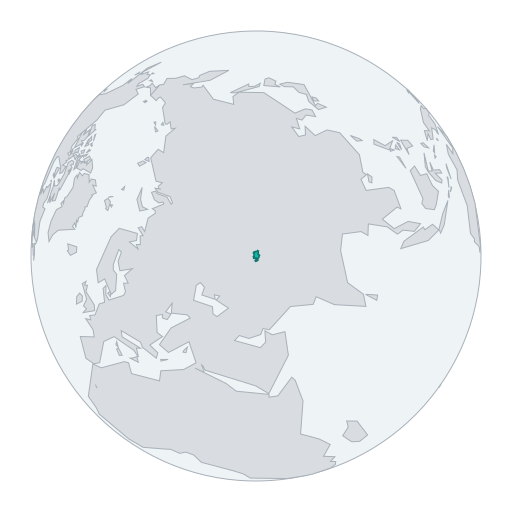 Osh on an orthographic globe, rotated 303°
{"feature_id": "KGZ-1122", "entity_name": "Osh", "entity_type": "Region", "adm_level": 1, "iso_a3": "KGZ", "parent_name": "Kyrgyzstan", "parent_adm1": "", "projection": "orthographic", "projection_center": [73.025, 40.164], "detail": "fine", "context": "on_globe", "style": "filled", "palette": "teal", "viewbox_px": 512, "rotation_deg": 303, "n_neighbors": 0, "source": "natural_earth", "source_scale": "10m", "svg_char_len": 13013}
<svg xmlns="http://www.w3.org/2000/svg" viewBox="0 0 512 512"><g transform="rotate(303 256 256)"><circle cx="256" cy="256" r="225" fill="#eef3f6" stroke="#a8b0b8"/><path d="M296.5,34.4L296.4,34.4L301.9,35.6L305.7,36.5L310.2,41.5L326.7,51.5L337.3,55.3L330.7,54.5L354.5,62.6L367.0,71.0L349.6,61.4L345.2,60.4L351.9,65.6L348.9,65.8L350.4,68.6L346.2,68.6L336.4,63.6L333.4,63.7L338.4,67.5L337.3,70.2L330.4,64.6L327.8,69.0L310.8,62.8L296.0,49.9L283.2,48.5L258.9,41.2L257.7,42.8L247.8,41.8L242.7,43.4L239.6,42.1L238.2,44.6L242.0,45.5L242.7,47.0L240.0,48.2L235.7,46.6L236.3,45.7L233.7,45.9L232.6,44.7L231.7,46.0L226.7,44.3L227.7,47.8L220.4,48.0L218.2,46.4L223.6,44.2L231.8,36.6L231.3,35.3L225.0,35.1L202.2,39.3L199.4,39.2L191.8,40.8L190.9,41.6L196.6,40.8L193.1,43.3L200.4,42.6L200.0,43.7L205.5,44.4L199.0,47.1L189.8,49.5L185.0,49.2L180.8,50.5L180.8,53.3L167.4,55.9L151.0,63.6L148.1,64.3L150.7,60.2L162.3,53.1L165.7,49.9L157.7,55.0L150.7,57.6L147.2,59.5L144.2,61.5L144.6,61.8L141.1,63.6L147.6,58.7L150.9,56.9L148.8,58.3L154.2,55.3L157.8,53.3L172.2,46.9L187.1,41.5L202.3,37.2L217.8,34.0L233.5,31.8L249.3,30.8L265.1,30.9L280.9,32.1L296.5,34.4ZM299.5,35.0L303.5,35.8L307.9,37.1L302.3,35.7L298.7,34.8L299.5,35.0ZM314.8,40.1L311.3,39.2L312.6,38.7L314.2,39.4L314.8,40.1ZM345.6,58.3L341.6,55.7L346.5,58.2L345.6,58.3ZM351.4,69.1L353.5,69.8L353.4,71.0L351.4,69.1ZM208.6,43.0L207.1,43.7L206.9,43.2L208.6,43.0ZM212.5,42.8L213.4,41.7L215.3,41.5L214.7,42.2L212.5,42.8ZM346.8,72.2L346.0,74.2L345.1,71.3L346.8,72.2ZM210.9,44.3L218.7,41.2L222.1,40.9L222.7,43.3L210.9,44.3ZM344.4,74.8L342.6,80.1L347.1,82.1L333.3,80.1L339.5,75.9L337.7,71.8L341.2,74.4L344.4,74.8ZM244.4,45.3L240.2,44.4L246.1,44.1L244.4,45.3ZM248.0,44.8L265.1,42.9L269.9,45.3L263.2,45.2L271.3,47.8L265.2,49.8L259.4,48.9L257.5,46.9L256.6,49.3L248.0,44.8ZM326.0,78.4L324.1,79.2L324.2,77.5L326.0,78.4ZM243.4,47.6L246.4,46.8L250.8,48.8L245.5,50.6L245.8,49.4L243.4,47.6ZM276.5,47.6L278.8,49.6L274.5,51.7L274.8,52.8L265.5,50.1L276.5,47.6ZM243.5,49.6L242.7,51.6L238.2,51.9L240.7,48.5L243.5,49.6ZM254.1,48.5L256.0,49.6L253.2,49.6L254.1,48.5ZM222.0,54.6L225.6,53.3L228.1,54.1L222.0,54.6ZM242.7,52.4L244.3,52.3L245.7,52.6L244.3,54.0L242.7,52.4ZM263.1,51.9L260.8,52.5L266.7,53.1L263.7,55.0L258.1,52.9L259.2,54.6L258.3,55.2L254.7,52.9L263.1,51.9ZM247.1,56.4L238.9,54.9L231.8,56.9L229.3,56.1L241.2,53.0L247.1,56.4ZM251.9,54.5L248.4,55.4L247.1,53.8L248.7,52.2L251.9,54.5ZM263.7,57.1L269.8,54.8L270.8,55.3L263.7,57.1ZM245.3,57.2L247.3,57.6L244.9,57.5L245.3,57.2ZM258.4,57.4L260.3,56.4L261.5,57.1L258.4,57.4ZM249.7,59.3L247.0,58.8L248.0,57.6L249.7,59.3ZM253.9,58.7L254.9,59.9L250.0,57.5L254.6,58.1L253.9,58.7ZM259.1,58.2L260.4,58.3L258.1,58.6L259.1,58.2ZM247.4,64.5L241.0,61.7L243.2,59.0L249.1,61.9L247.4,64.5ZM33.3,248.7L38.1,210.6L41.9,204.5L47.0,191.8L76.6,178.0L78.0,187.2L95.7,203.1L97.0,207.3L89.6,215.7L98.7,243.1L107.9,238.7L121.4,257.2L133.8,263.9L147.6,246.5L127.4,235.1L129.1,223.3L149.5,224.0L168.0,234.6L169.2,230.4L162.0,216.1L170.7,211.4L160.0,210.7L161.0,216.3L154.3,216.2L153.0,211.2L156.1,209.5L151.8,204.8L138.0,214.7L137.5,221.5L123.5,215.4L121.4,226.3L116.0,228.1L117.6,210.5L120.9,206.0L120.0,183.6L115.3,187.7L115.8,209.4L113.6,205.9L107.2,212.5L110.4,204.8L111.1,180.9L101.4,174.9L81.3,183.0L77.3,178.6L77.6,169.0L92.8,152.5L100.0,164.4L105.4,159.6L110.7,147.3L112.5,152.2L115.5,148.9L118.9,153.1L130.3,150.6L134.7,154.2L145.6,145.4L149.4,146.3L141.8,151.1L139.0,156.7L150.8,166.4L155.0,166.0L161.1,159.7L163.6,163.6L168.0,156.3L178.0,159.2L169.5,149.9L176.5,143.2L186.0,141.0L186.7,137.4L171.3,140.9L166.5,144.0L164.8,149.1L150.5,157.1L145.0,155.5L154.3,141.6L147.6,138.2L157.8,129.6L193.2,124.0L204.8,126.3L210.3,144.3L203.9,147.3L198.8,142.2L197.6,153.3L200.5,149.3L202.6,152.8L209.8,147.9L211.6,150.2L215.4,141.9L218.4,144.2L215.9,149.3L229.1,144.9L237.1,148.4L239.2,146.4L239.2,143.3L249.4,150.3L250.5,148.6L247.6,145.5L247.9,140.1L252.5,133.7L255.7,136.4L254.5,139.1L256.9,149.4L253.2,156.7L255.0,157.2L259.0,151.6L256.1,139.0L257.9,134.4L260.2,139.9L259.5,137.5L261.4,136.1L266.4,137.5L264.3,131.4L281.0,114.2L292.2,115.8L292.4,122.3L307.5,115.1L319.1,118.6L316.3,115.6L321.8,110.9L318.2,109.7L317.3,107.9L329.7,96.7L335.1,96.7L337.3,89.6L335.9,88.2L332.0,87.7L333.3,80.1L347.1,82.1L349.6,85.0L356.5,84.7L361.1,91.7L368.1,97.8L369.1,106.4L374.5,111.0L376.7,110.4L385.7,116.6L396.9,132.1L378.5,121.9L359.8,101.5L366.6,109.7L362.3,108.8L363.1,112.4L368.1,118.5L370.4,118.6L364.3,134.9L371.0,154.7L377.2,149.8L384.2,152.7L397.3,173.6L397.0,210.8L406.3,217.3L409.0,223.4L405.4,230.1L401.5,221.2L395.1,220.6L393.4,214.9L386.4,223.5L383.7,215.7L379.5,226.8L384.4,231.6L391.6,226.5L389.2,240.1L400.4,246.9L405.0,259.1L397.3,287.5L384.4,300.1L384.4,304.4L377.5,302.2L371.0,312.7L385.8,329.9L386.2,336.1L374.5,351.9L373.8,347.7L355.7,341.9L354.2,357.0L367.9,364.8L372.7,376.4L362.9,375.4L357.8,365.2L351.4,362.8L351.9,350.1L344.1,332.7L334.2,338.7L333.7,330.8L321.5,316.5L306.5,324.1L283.5,347.4L282.4,367.0L273.6,375.6L257.9,348.2L254.6,328.6L246.6,330.3L232.4,312.4L201.3,307.3L199.0,301.4L192.7,302.7L183.0,295.0L180.2,285.3L173.4,284.0L181.5,309.6L189.0,311.0L198.1,304.2L198.8,312.6L208.3,321.5L190.4,337.2L147.6,341.7L146.9,326.3L132.5,275.5L134.9,271.3L135.0,270.7L135.1,269.7L130.1,276.0L128.8,266.0L132.8,300.3L131.9,313.1L147.0,342.3L144.7,343.8L150.6,350.5L173.8,352.0L173.1,356.6L160.0,374.4L131.0,390.3L136.9,408.5L138.3,420.9L124.8,421.7L130.6,431.5L124.3,430.3L127.0,434.8L124.6,436.0L118.8,434.0L103.9,422.2L99.3,417.7L86.3,403.3L66.6,372.1L66.4,364.3L63.5,353.9L53.2,322.5L55.2,312.1L53.3,304.0L49.0,299.5L47.4,289.7L45.1,285.8L34.1,265.6L33.3,248.7ZM60.7,191.3L58.6,194.7L60.7,191.3ZM183.9,256.3L197.3,261.3L197.4,246.5L202.6,247.4L200.8,242.2L197.4,245.4L193.8,231.8L201.8,229.8L203.4,223.8L198.9,221.9L184.8,227.8L189.8,247.1L184.1,251.4L183.9,256.3ZM150.4,57.8L149.7,58.3L146.3,60.4L147.0,59.7L150.4,57.8ZM136.5,69.4L131.1,72.0L135.5,69.4L135.4,68.6L144.5,62.5L147.2,64.4L144.3,64.4L136.5,69.4ZM157.5,55.6L151.4,58.8L158.0,55.3L157.5,55.6ZM128.9,128.3L127.9,132.3L123.4,134.8L117.8,131.6L124.3,127.8L128.9,128.3ZM127.5,137.5L138.3,125.3L142.2,127.3L138.2,128.1L139.7,130.6L133.6,132.8L126.8,147.1L122.3,150.4L114.4,141.9L119.4,142.6L120.2,138.5L127.5,137.5ZM159.0,95.5L163.7,91.5L166.1,100.7L161.4,103.4L155.5,100.0L157.6,94.9L159.0,95.5ZM210.5,49.6L212.2,48.4L213.4,48.7L213.0,50.0L210.5,49.6ZM223.5,54.0L204.5,55.5L205.5,54.1L193.3,57.4L191.0,55.1L199.0,52.9L188.1,53.9L194.4,51.1L186.7,52.3L204.7,47.8L210.0,45.6L205.0,48.8L206.9,50.9L209.4,51.1L220.1,50.5L232.3,47.6L236.2,49.6L235.7,51.9L233.3,52.9L231.5,51.1L229.7,53.8L225.3,52.1L223.5,54.0ZM227.5,84.0L226.5,80.4L222.0,87.7L217.6,85.0L217.4,86.1L212.1,85.8L205.3,87.4L204.1,85.8L201.9,87.1L198.4,87.2L195.1,88.6L191.7,86.3L187.4,88.0L188.3,86.0L181.7,89.5L185.1,85.9L180.8,86.0L179.8,89.5L169.8,76.0L163.0,74.0L155.4,74.5L162.3,68.9L173.7,65.1L186.2,63.4L191.8,66.5L193.9,63.7L197.2,64.4L194.2,66.3L200.8,63.9L202.7,65.1L213.9,65.2L222.2,61.5L226.5,61.7L224.2,63.8L230.1,62.5L228.7,66.7L231.7,67.0L233.3,71.7L227.0,75.9L230.9,76.0L232.3,79.9L227.5,84.0ZM247.6,65.8L241.1,70.9L235.5,72.1L235.1,63.5L232.5,62.7L232.1,57.7L240.2,56.2L239.6,57.7L240.8,58.8L237.8,58.8L241.2,59.7L240.5,61.9L242.9,63.2L240.2,64.4L247.6,65.8ZM101.8,206.1L103.5,208.4L106.7,210.8L102.8,215.2L101.8,206.1ZM102.0,189.8L103.9,190.8L99.9,197.8L98.2,195.6L102.0,189.8ZM108.4,185.8L104.3,190.3L105.5,186.6L108.4,185.8ZM144.0,151.9L146.5,152.8L145.4,154.6L142.5,156.0L144.0,151.9ZM213.4,107.0L213.7,104.2L215.3,104.0L220.1,98.7L223.7,100.5L222.2,104.4L213.4,107.0ZM142.2,248.1L136.7,249.9L135.6,247.0L137.8,246.9L142.2,248.1ZM117.3,232.4L121.4,238.6L116.1,233.6L117.3,232.4ZM218.2,108.0L219.8,105.6L220.6,108.0L218.2,108.0ZM226.6,101.6L228.2,104.0L224.7,100.1L226.6,101.6ZM245.1,481.0L245.4,481.0L249.0,481.2L245.8,481.0L245.1,481.0ZM172.6,430.7L166.7,447.1L157.1,443.9L152.3,437.5L152.5,426.6L162.8,426.5L167.0,421.9L172.6,430.7ZM415.6,384.2L420.2,382.0L419.9,382.9L415.6,384.2ZM411.0,384.6L416.5,381.6L409.8,386.7L411.0,384.6ZM418.5,380.5L424.1,375.7L426.6,372.9L425.9,374.7L418.5,380.5ZM407.1,386.7L384.8,396.8L375.7,398.4L378.1,394.9L393.0,389.6L407.1,386.7ZM377.4,395.1L362.9,392.1L341.0,373.4L348.9,372.0L371.4,380.5L370.0,383.4L378.8,386.8L377.4,395.1ZM411.1,365.8L409.6,373.8L397.6,379.1L392.0,380.4L388.2,372.4L390.4,366.5L395.1,364.7L411.6,338.8L417.8,340.0L413.1,350.1L418.0,354.3L411.1,365.8ZM283.5,368.7L289.5,379.3L284.6,381.4L283.5,368.7ZM417.1,322.5L411.2,334.1L416.2,320.1L417.1,322.5ZM419.2,310.3L420.2,314.2L417.0,311.7L419.2,310.3ZM385.4,310.3L380.4,313.3L379.7,310.4L385.6,304.8L385.4,310.3ZM408.5,269.5L410.7,278.7L410.6,282.2L407.2,277.9L408.5,269.5ZM251.5,123.2L240.7,128.3L235.4,133.9L236.1,139.7L230.4,134.0L238.7,125.3L251.5,123.2ZM277.0,114.9L276.2,110.3L279.6,111.2L280.2,112.4L277.0,114.9ZM274.4,112.9L267.8,109.4L269.3,106.2L274.2,109.5L274.4,112.9ZM242.7,108.0L239.2,109.2L238.6,107.1L242.7,108.0ZM419.8,410.6L419.4,411.0L386.4,439.0L380.7,442.1L385.5,438.0L386.9,431.3L389.1,430.3L391.8,423.6L413.2,405.8L429.6,383.7L437.7,377.7L446.1,361.9L453.3,354.9L449.0,365.4L453.8,362.0L463.4,337.9L460.2,351.1L452.0,367.1L442.4,382.5L431.7,397.0L419.8,410.6ZM426.9,377.7L433.8,367.9L437.0,365.0L426.9,377.7ZM478.3,292.2L478.3,292.7L478.4,292.1L478.4,291.9L478.3,292.2ZM471.0,316.1L472.3,318.1L470.1,323.6L468.0,324.0L464.4,333.9L457.3,342.9L459.6,337.4L459.1,333.5L450.5,340.9L448.8,339.3L452.3,333.8L446.0,336.9L452.9,328.9L455.4,333.2L459.1,323.8L464.6,318.2L469.2,313.5L472.0,312.6L471.0,316.1ZM452.1,344.3L453.2,343.1L452.0,346.2L452.1,344.3ZM477.9,292.8L478.1,293.2L477.9,294.4L477.7,295.3L477.9,292.8ZM472.8,309.9L476.2,297.4L476.7,295.8L474.4,306.9L472.8,309.9ZM475.8,295.3L476.9,292.9L477.3,294.4L477.0,295.9L475.8,295.3ZM437.9,350.7L437.5,352.9L435.6,352.9L437.9,350.7ZM440.6,347.5L446.2,344.8L439.9,349.6L440.6,347.5ZM421.2,354.1L423.1,357.6L429.4,350.6L424.6,358.0L428.4,362.9L426.7,366.6L423.1,361.1L421.1,370.5L418.3,372.0L417.2,365.7L420.2,355.0L423.0,349.5L434.0,340.7L421.2,354.1ZM440.7,341.9L439.1,337.6L440.2,332.9L442.0,334.5L440.7,341.9ZM433.6,327.5L428.4,323.9L424.4,329.2L431.9,314.2L435.7,320.2L433.6,327.5ZM428.2,315.3L424.5,320.2L427.9,312.1L428.2,315.3ZM423.1,318.6L422.0,314.1L425.3,312.7L423.1,318.6ZM430.2,314.2L429.8,305.6L432.0,309.3L430.2,314.2ZM418.8,304.1L427.0,307.8L417.5,309.9L414.0,294.1L417.8,291.4L418.8,304.1ZM420.2,224.1L417.5,220.0L420.0,216.5L421.2,220.3L420.2,224.1ZM425.9,202.9L419.8,214.3L414.5,224.0L417.6,224.6L419.1,233.9L412.8,228.7L414.3,216.1L418.9,210.3L416.6,202.9L418.2,195.2L413.4,187.4L413.1,182.4L418.9,187.9L425.9,202.9ZM411.1,184.4L403.2,169.7L409.4,167.2L412.5,169.8L413.5,177.5L410.2,178.3L411.1,184.4ZM403.1,165.5L399.8,166.3L381.4,149.6L379.0,145.5L396.3,156.2L394.2,157.6L397.6,162.4L403.1,165.5ZM326.3,80.4L324.3,79.3L326.7,79.5L326.3,80.4ZM315.3,107.4L314.5,105.1L317.4,105.1L315.3,107.4ZM313.9,98.9L311.2,100.4L312.7,97.6L313.9,98.9ZM305.4,104.2L309.4,100.4L307.5,105.7L305.4,104.2Z" fill="#d9dde1" stroke="#a8b0b8" stroke-width="1"/><path d="M261.4,254.6L261.3,254.8L261.3,255.0L261.5,255.2L261.5,255.3L261.4,255.3L261.2,255.3L260.9,255.5L260.7,255.6L260.4,255.9L260.0,256.2L259.9,256.2L259.8,256.3L259.6,256.2L259.4,256.2L259.3,256.3L259.2,256.3L258.9,256.4L258.9,256.5L258.8,256.8L258.7,256.8L258.6,257.0L258.5,257.3L258.4,257.3L258.4,257.5L258.5,257.7L258.6,257.8L258.7,258.0L258.7,258.3L258.5,258.5L258.4,258.7L257.8,258.8L257.5,258.7L257.4,258.7L257.0,258.8L256.9,258.9L256.9,259.0L256.7,259.1L256.4,259.2L256.2,259.2L255.9,259.2L255.7,259.2L255.4,259.2L254.9,259.0L254.7,259.1L254.4,259.1L254.2,259.2L253.9,259.3L253.7,259.5L253.6,259.8L253.5,259.7L253.4,259.6L253.2,259.5L253.1,259.4L253.1,259.2L252.9,259.2L252.7,259.2L252.4,259.4L252.3,259.5L252.2,259.5L252.1,259.4L252.0,259.2L252.1,258.9L252.1,258.7L251.7,258.8L251.4,258.7L251.5,258.4L251.4,258.2L251.5,258.1L251.5,257.9L251.8,257.8L251.9,257.7L252.0,257.7L252.2,257.8L252.3,257.8L252.7,257.9L252.8,257.9L252.9,258.0L253.0,258.0L253.3,258.0L253.6,258.1L253.8,258.0L254.0,257.9L254.3,257.8L254.5,257.7L254.5,257.4L254.4,257.3L254.4,257.2L254.2,257.2L254.0,256.9L253.9,256.9L253.8,256.7L253.8,256.4L253.7,256.3L253.7,256.2L253.5,255.9L253.6,255.7L253.2,255.5L252.9,255.6L252.8,255.4L253.1,255.3L253.1,255.2L253.4,254.8L253.5,254.8L253.6,255.0L253.8,255.0L254.0,255.1L254.2,254.9L254.0,254.7L254.0,254.4L254.1,254.2L254.2,254.3L254.3,254.4L254.4,254.5L254.5,254.5L254.8,254.6L254.9,254.4L255.0,254.4L255.2,254.1L255.3,254.0L255.6,253.9L255.9,253.8L256.1,253.6L256.3,253.6L256.4,253.4L256.5,253.2L256.7,252.9L256.7,252.7L256.8,252.7L257.0,252.6L257.3,252.4L257.7,252.4L257.8,252.3L257.8,252.2L258.0,252.3L257.7,252.6L257.8,252.7L257.8,252.8L258.0,252.9L258.1,252.7L258.3,252.5L258.4,252.3L258.5,252.2L258.6,252.3L258.6,252.5L259.0,252.8L259.4,253.2L259.5,253.2L259.5,253.3L259.6,253.5L259.8,253.6L259.9,253.8L260.0,253.9L260.1,254.0L260.6,254.1L260.7,254.3L260.9,254.5L261.0,254.5L261.3,254.6L261.4,254.6Z" fill="#14b8a6" stroke="#0f766e" stroke-width="1.5"/></g></svg>